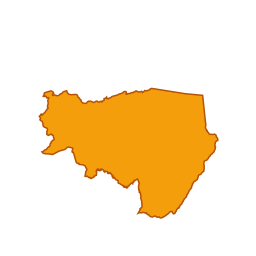 the district of Rumphi, Rumphi, Malawi, rotated 36°
{"feature_id": "42251766B19667920055188", "entity_name": "Rumphi", "entity_type": "district", "adm_level": 2, "iso_a3": "MWI", "parent_name": "Malawi", "parent_adm1": "Rumphi", "projection": "robinson", "projection_center": [33.745, -10.79], "detail": "fine", "context": "isolated", "style": "filled", "palette": "amber", "viewbox_px": 256, "rotation_deg": 36, "n_neighbors": 0, "source": "geoboundaries", "source_scale": "gbopen_adm2", "svg_char_len": 5880}
<svg xmlns="http://www.w3.org/2000/svg" viewBox="0 0 256 256"><g transform="rotate(36 128 128)"><path d="M123.8,82.1L123.4,83.0L123.0,83.2L123.1,84.2L122.2,85.7L121.4,86.5L121.0,87.3L119.6,87.7L119.3,89.7L119.0,90.5L118.8,90.3L118.3,90.5L117.4,90.3L117.0,91.2L116.5,91.6L116.0,92.3L114.9,92.7L114.3,93.1L113.5,92.9L112.6,93.4L112.3,94.0L112.4,94.7L111.4,95.6L111.2,96.7L110.6,96.9L110.2,97.2L109.7,97.9L109.5,98.6L107.6,100.5L107.2,101.4L106.4,101.7L105.9,100.4L105.2,99.8L104.7,99.8L103.6,100.7L103.3,101.2L103.3,101.9L102.2,104.2L101.5,105.1L100.9,105.6L100.2,107.3L96.5,112.0L96.2,113.6L95.1,115.1L95.0,115.8L93.3,116.6L92.8,115.7L92.5,115.5L92.4,116.3L92.6,117.1L91.4,118.1L91.5,118.6L92.4,119.6L91.6,121.2L91.5,122.4L91.3,122.5L90.4,122.2L89.2,124.1L88.7,124.6L87.6,124.3L87.0,124.5L86.5,125.0L85.3,127.5L81.6,128.4L81.1,129.2L80.4,129.4L79.9,130.6L79.8,132.3L79.2,133.1L76.9,134.3L74.7,134.1L74.2,133.8L73.6,133.0L72.1,133.0L71.1,132.4L69.0,132.3L68.3,131.5L67.1,131.1L65.6,131.8L62.5,134.5L60.4,135.4L59.6,135.4L57.9,135.0L56.8,134.0L56.3,134.0L54.3,136.9L54.1,139.3L53.2,140.1L53.1,141.8L52.1,143.3L50.4,144.1L49.1,144.4L48.4,145.6L47.9,145.9L47.6,145.7L47.2,145.2L47.1,144.7L47.6,143.7L47.1,143.3L46.2,142.9L45.4,142.9L43.8,143.3L39.9,148.4L39.8,149.2L40.8,150.4L40.6,151.4L40.8,152.2L41.6,151.9L42.8,150.5L43.4,150.6L44.5,151.4L44.9,151.2L45.5,150.3L46.0,150.2L46.7,151.8L46.9,153.0L48.6,154.5L49.4,155.9L49.7,157.1L50.2,157.7L50.5,158.4L51.4,158.6L51.7,158.9L51.5,160.3L51.6,164.2L51.1,166.2L51.0,168.2L50.8,168.4L50.4,168.4L49.9,167.6L49.6,167.7L49.5,168.1L49.7,169.3L49.3,170.5L49.7,170.9L51.4,171.3L51.7,171.8L51.9,173.1L52.8,173.3L54.4,173.1L55.2,173.4L56.5,174.3L57.6,175.8L58.7,176.4L60.3,176.4L62.5,175.8L63.2,176.0L63.8,176.5L64.5,178.8L65.4,179.7L65.7,180.6L66.2,180.9L67.3,180.9L68.0,180.6L69.5,178.1L69.9,177.9L70.7,178.4L71.4,178.1L72.1,178.2L73.1,179.3L74.7,180.2L75.0,181.1L74.1,182.5L74.4,183.4L74.0,184.5L74.5,185.6L74.3,186.5L75.1,187.7L75.1,188.3L75.5,189.3L74.9,189.8L74.6,191.0L74.6,192.6L74.4,193.6L73.6,194.6L73.3,196.5L72.4,197.9L74.2,198.3L74.8,198.1L76.9,197.1L78.5,195.9L82.5,193.8L83.1,192.8L85.9,187.1L89.5,182.6L89.8,181.9L90.0,180.3L90.6,178.9L91.3,178.3L94.6,176.9L95.2,177.0L95.6,177.3L96.3,179.5L96.8,180.2L97.4,180.4L98.1,179.8L106.3,186.2L107.5,186.4L108.4,186.1L108.9,185.6L109.3,185.7L109.7,186.2L110.1,186.1L113.3,184.2L116.0,183.9L116.9,184.7L118.5,185.3L119.2,185.8L119.5,188.2L120.4,189.7L121.5,192.3L122.4,192.0L123.0,191.6L123.3,190.9L125.5,191.1L125.8,190.8L126.1,190.9L126.7,190.2L127.3,190.6L127.8,190.6L128.2,189.7L128.7,189.1L128.9,188.0L129.2,187.9L129.2,187.2L128.9,186.9L129.1,186.6L129.8,185.6L129.8,185.2L130.1,184.9L129.7,184.6L129.7,184.0L129.6,183.5L129.0,183.1L128.5,182.0L128.2,181.8L127.9,181.8L127.5,181.5L127.6,180.3L127.9,180.2L127.3,179.8L127.3,179.6L127.6,179.1L128.2,179.2L128.6,179.0L128.6,178.8L129.4,179.2L129.4,179.3L129.5,179.4L130.3,179.2L130.7,178.4L130.2,178.5L130.0,177.7L130.8,177.4L130.5,177.1L131.3,176.5L133.8,176.6L134.1,176.9L134.1,177.3L134.3,177.3L134.5,176.9L134.9,177.0L135.1,176.7L135.3,177.0L135.7,176.0L137.1,175.4L137.3,175.7L137.6,175.7L137.9,176.4L138.4,176.6L139.2,176.1L139.4,175.8L139.1,175.6L139.4,175.5L139.8,174.9L140.2,175.0L140.2,174.7L140.4,174.7L141.6,175.3L142.4,175.2L143.4,176.3L143.9,176.5L144.1,176.1L144.2,176.5L144.7,176.4L145.0,177.0L145.3,176.6L145.7,176.9L145.8,176.9L146.0,176.2L146.3,176.4L146.6,176.2L147.1,176.7L148.9,176.9L150.9,176.4L151.5,177.4L152.6,178.3L154.2,177.8L156.1,177.8L157.8,177.5L158.5,177.8L158.6,177.6L158.8,178.0L159.2,177.6L159.4,178.1L159.6,178.1L160.0,178.0L160.5,177.2L160.8,177.4L160.7,177.6L161.2,177.4L161.2,176.8L161.8,177.3L162.3,177.3L162.7,176.4L162.2,174.8L162.8,174.4L162.6,173.0L163.0,171.8L163.0,171.0L163.4,170.4L164.2,170.4L163.9,170.1L164.3,169.3L163.9,169.0L164.4,168.7L164.2,168.4L164.2,167.4L163.9,167.0L164.0,166.7L163.9,166.6L164.8,166.1L165.1,164.8L165.9,163.1L165.8,163.5L166.1,164.0L167.1,164.6L168.1,165.1L168.6,165.7L169.5,165.9L169.8,166.3L169.8,167.0L170.7,168.7L171.3,169.8L171.9,170.1L172.2,170.8L173.0,171.5L173.4,171.4L173.7,172.3L174.6,172.4L174.7,173.0L175.0,173.5L176.3,173.3L176.9,174.1L178.9,176.0L179.4,177.1L181.1,178.5L181.9,178.9L182.9,180.3L183.7,180.9L184.4,182.1L185.0,182.4L185.2,183.0L185.7,183.5L185.8,183.9L185.2,186.2L185.2,186.3L185.8,186.4L186.3,191.0L187.1,189.7L188.7,188.8L189.8,187.4L190.8,186.9L192.0,186.7L192.6,186.3L192.8,185.7L193.2,185.8L194.0,186.5L195.2,186.4L196.2,186.0L196.7,186.4L198.6,186.4L200.2,185.6L201.1,183.8L201.8,183.2L202.9,183.1L203.9,183.2L204.9,182.3L205.3,181.7L206.8,181.8L207.7,181.3L208.2,180.6L208.4,179.7L208.9,179.4L209.8,177.2L211.1,173.1L211.0,171.8L211.8,170.3L212.6,169.7L214.1,170.5L215.3,170.7L216.1,169.5L215.7,167.8L215.9,167.2L215.4,165.5L215.4,164.6L215.5,163.7L216.2,162.8L215.7,162.3L216.1,161.7L215.5,159.6L215.9,159.1L216.1,157.5L215.7,156.5L215.8,155.0L215.4,153.9L215.4,152.8L215.2,152.1L215.5,150.9L215.7,149.0L214.8,147.5L215.1,146.7L214.8,145.5L214.9,145.0L214.3,142.5L214.4,141.6L214.4,140.3L214.6,139.1L214.2,138.7L213.5,136.7L213.6,136.0L212.8,135.0L213.1,134.4L213.0,132.4L213.6,131.6L213.6,130.7L214.1,129.8L214.3,129.1L214.2,128.3L213.6,127.1L213.6,126.4L213.0,125.2L212.9,124.4L213.1,124.0L213.6,123.7L214.2,122.3L214.1,120.5L214.5,119.2L214.4,118.8L214.7,118.5L214.2,117.9L214.0,116.8L211.5,113.4L210.5,112.7L209.3,110.3L209.5,109.3L210.7,107.4L210.8,105.2L210.5,103.7L210.9,102.4L210.5,101.5L211.2,99.8L211.2,98.6L211.6,97.0L210.9,94.0L210.0,91.9L209.2,91.8L209.0,91.4L208.3,90.7L207.2,88.4L207.1,86.8L207.9,85.1L206.6,83.8L205.7,83.4L205.0,83.4L204.2,82.6L203.7,82.5L203.0,81.9L201.4,82.2L200.9,83.0L197.5,85.3L196.1,84.5L194.5,84.4L193.7,83.6L193.3,83.9L192.9,83.8L192.5,83.3L190.9,82.6L190.2,81.9L189.1,79.6L187.0,77.5L169.2,57.7L154.0,66.7L123.8,82.1Z" fill="#f59e0b" stroke="#b45309" stroke-width="1.5"/></g></svg>